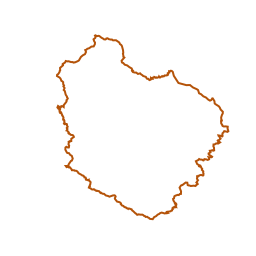 outline of Mahabo, Menabe, Madagascar, rotated 120°
{"feature_id": "10022922B70120442307447", "entity_name": "Mahabo", "entity_type": "district", "adm_level": 2, "iso_a3": "MDG", "parent_name": "Madagascar", "parent_adm1": "Menabe", "projection": "equal_earth", "projection_center": [45.183, -20.687], "detail": "fine", "context": "isolated", "style": "outline", "palette": "amber", "viewbox_px": 256, "rotation_deg": 120, "n_neighbors": 0, "source": "geoboundaries", "source_scale": "gbopen_adm2", "svg_char_len": 5777}
<svg xmlns="http://www.w3.org/2000/svg" viewBox="0 0 256 256"><g transform="rotate(120 128 128)"><path d="M194.6,61.0L192.1,60.8L190.3,59.6L188.2,59.0L186.8,58.0L185.6,57.6L184.4,56.5L183.6,53.3L182.4,52.4L182.5,51.8L182.0,51.3L182.0,52.6L181.4,52.6L180.9,52.2L180.8,51.4L180.5,51.5L178.8,49.4L178.0,49.2L177.4,48.6L176.6,48.9L175.7,48.6L175.2,49.4L173.9,49.0L173.5,47.9L172.9,48.1L172.5,47.0L172.1,47.7L171.3,47.4L170.4,48.8L170.1,48.0L169.8,48.0L169.3,49.0L169.3,50.1L168.1,52.4L166.9,53.5L165.8,53.0L164.0,53.7L163.0,53.2L161.1,51.6L160.7,50.5L159.2,50.1L158.6,49.2L156.3,50.4L153.9,53.5L151.5,53.4L150.7,53.0L150.3,52.4L146.4,50.8L145.7,49.3L147.6,47.7L147.4,46.7L147.0,46.0L146.9,44.7L145.0,42.1L144.6,40.7L143.5,40.2L143.0,40.4L141.7,39.6L141.2,40.2L141.0,41.5L138.2,41.3L138.0,42.1L137.3,43.0L136.3,43.2L135.9,43.7L135.2,44.0L134.9,43.2L134.2,43.2L133.9,42.6L133.1,42.3L132.1,41.3L131.7,39.3L131.3,39.1L129.7,39.8L129.3,40.5L127.9,41.1L127.3,43.1L126.3,43.3L125.8,44.6L124.9,45.7L125.5,46.4L125.6,47.2L124.5,47.2L124.7,48.4L124.6,50.1L122.8,52.6L120.7,51.2L119.3,50.9L119.3,49.9L118.4,48.1L118.5,46.6L118.2,46.3L116.8,46.3L116.0,44.4L115.8,43.0L114.5,42.1L113.5,42.7L113.0,43.5L112.7,42.5L111.9,42.2L111.7,41.2L111.2,40.8L110.8,40.8L110.6,44.8L109.7,45.5L107.9,44.4L106.8,45.7L105.8,44.4L105.1,44.0L105.1,42.9L104.3,42.2L101.9,43.8L101.2,44.9L99.5,45.7L99.0,44.8L97.3,44.0L96.9,43.0L96.2,42.8L96.2,42.0L94.4,41.1L94.3,42.1L94.6,42.7L94.1,44.0L93.6,43.9L93.1,43.2L91.0,42.5L90.6,43.5L89.7,44.6L89.5,45.7L89.2,46.0L88.3,43.6L88.3,42.3L87.6,42.1L86.2,43.2L85.2,43.5L84.2,43.1L82.8,43.2L82.5,42.9L81.6,39.9L80.6,39.5L78.7,41.5L77.0,42.3L77.8,44.3L78.8,45.8L78.9,47.1L78.7,47.6L78.1,48.0L77.5,49.5L75.5,50.9L75.2,51.0L74.8,50.4L74.4,50.5L73.9,51.5L72.3,52.6L69.6,53.2L68.1,53.2L66.5,54.0L65.7,57.0L64.5,58.6L63.8,60.1L63.6,64.3L63.4,65.2L61.5,66.6L60.0,69.4L60.2,69.8L62.2,69.9L63.3,70.7L63.3,72.7L62.6,75.7L62.9,78.6L62.2,81.6L62.4,83.8L60.1,86.3L60.0,87.8L60.4,92.0L59.8,95.8L61.7,98.9L63.8,106.8L59.9,114.4L57.0,117.3L56.7,118.7L57.1,119.7L58.0,120.0L58.2,120.7L59.1,120.1L59.3,120.5L60.5,120.3L60.7,120.8L61.8,120.1L62.1,120.6L62.7,120.4L63.6,121.4L64.2,122.6L65.2,122.7L65.5,123.3L66.1,123.6L66.0,124.4L68.3,125.5L68.4,125.8L67.9,126.9L68.6,126.8L69.8,127.8L69.9,128.6L70.6,128.9L70.5,130.4L70.6,130.8L71.3,130.7L71.6,131.3L72.7,132.4L73.2,131.4L74.0,132.5L73.7,133.0L74.9,132.6L75.8,133.4L75.3,135.1L75.6,135.4L75.8,136.4L74.8,138.1L75.4,141.0L75.1,141.7L75.0,143.7L74.6,144.8L76.2,146.4L75.9,148.7L76.5,149.6L77.1,151.6L76.6,153.0L76.4,153.2L75.8,152.7L75.5,153.6L74.6,154.5L74.6,157.3L74.2,159.9L74.8,162.5L74.1,164.6L74.3,165.8L74.1,166.2L72.9,167.2L68.8,166.4L68.6,167.7L67.9,168.0L66.1,169.6L65.4,169.6L63.1,171.2L60.1,174.2L59.5,175.3L59.3,177.0L58.3,178.3L58.0,182.2L59.6,184.9L59.4,186.2L60.0,187.0L60.7,189.2L60.5,190.5L61.3,191.5L62.1,191.5L62.6,191.8L63.2,193.0L63.0,194.7L63.1,196.0L62.7,198.7L62.8,199.4L64.0,200.9L64.0,202.5L64.5,202.8L65.2,201.7L66.4,201.4L68.4,202.2L69.7,200.8L70.5,199.3L72.0,198.6L74.5,198.5L75.8,200.4L78.3,201.5L79.8,202.9L80.8,203.1L81.9,204.0L83.1,202.4L85.6,202.2L87.5,203.4L90.0,204.3L94.0,204.3L95.2,204.9L97.9,206.9L98.1,207.6L98.6,207.9L98.7,209.2L99.4,210.3L99.9,212.8L100.7,213.9L101.1,215.4L102.9,215.3L105.2,216.6L105.5,216.5L105.8,215.8L106.2,215.6L109.9,216.9L112.1,215.5L112.7,215.7L113.7,215.3L116.1,215.4L117.3,216.0L118.5,215.5L118.5,212.5L119.0,211.1L120.5,209.2L120.4,208.2L120.7,207.1L122.5,206.0L123.1,204.7L124.2,204.8L125.1,202.9L127.2,202.7L127.6,201.2L130.3,198.6L131.3,196.6L132.0,196.1L132.4,195.0L133.8,194.9L134.7,195.2L135.4,194.6L136.4,194.5L140.3,195.1L142.0,194.2L141.9,195.7L142.4,196.7L143.6,196.5L144.4,197.8L144.0,198.2L143.9,199.6L145.5,199.4L146.1,197.9L145.6,197.1L145.6,196.3L146.2,195.9L147.0,196.2L148.3,195.2L148.3,194.8L147.8,194.1L148.2,193.4L148.8,193.6L148.7,192.9L149.4,191.7L150.1,191.3L150.1,190.8L150.8,189.7L151.2,189.1L152.6,188.7L152.7,188.1L153.1,188.1L153.0,187.7L153.3,186.9L154.5,186.3L154.7,185.8L156.2,185.7L156.4,184.9L155.9,184.6L155.3,183.3L155.7,183.2L155.7,182.5L156.4,182.1L157.0,180.9L157.9,180.8L158.4,181.1L159.0,180.7L159.2,179.9L160.6,179.9L160.4,179.5L160.8,179.2L161.4,177.1L162.2,177.1L162.5,176.5L162.2,175.3L162.6,174.4L161.8,172.3L162.0,171.5L162.8,170.4L165.7,171.7L167.7,170.6L168.5,171.8L168.9,171.7L169.0,172.1L169.4,172.1L169.7,172.4L170.2,171.9L170.7,171.9L172.1,171.2L172.6,170.2L174.4,169.5L174.9,170.1L175.1,172.0L176.2,172.4L178.1,171.4L179.9,168.5L179.9,167.9L179.3,166.5L180.2,164.6L180.2,162.8L182.1,160.6L184.3,160.3L185.0,160.9L188.3,161.2L189.5,161.2L190.3,160.7L191.3,161.0L191.3,161.7L192.0,162.9L192.6,161.6L191.4,160.4L191.7,159.4L191.1,158.9L191.1,158.4L191.6,157.4L192.1,155.9L192.6,155.5L191.5,153.4L191.6,152.7L191.0,151.7L190.9,150.6L191.4,149.0L191.9,148.3L191.8,144.7L192.0,143.8L191.6,142.8L192.2,141.1L192.5,141.0L192.1,139.9L192.9,138.9L193.4,139.0L193.8,138.4L193.1,136.8L192.6,136.3L193.2,136.2L193.0,135.1L193.6,133.3L195.7,132.5L196.8,132.5L197.4,131.9L198.2,132.3L199.2,132.1L199.0,129.9L199.3,128.9L198.8,127.5L198.2,127.1L198.0,126.3L198.3,125.4L198.3,124.0L197.8,123.7L197.8,123.0L197.2,121.6L198.0,119.4L197.5,119.2L197.7,117.3L197.0,115.8L197.5,113.5L196.8,111.0L196.8,109.8L193.8,107.2L193.0,105.9L193.1,105.1L193.6,104.4L195.4,104.3L196.0,103.7L197.2,100.7L196.5,98.3L196.5,97.2L196.9,96.3L197.5,96.2L197.7,95.4L198.1,94.7L197.8,93.0L198.3,91.5L197.8,90.4L197.9,89.6L198.2,89.2L197.8,88.2L198.0,87.4L197.5,87.3L197.0,86.3L196.9,85.0L196.6,84.3L197.3,83.2L197.4,82.0L198.2,78.8L198.1,78.3L198.6,76.8L198.3,76.2L197.6,75.9L196.6,73.4L195.9,72.4L195.8,71.1L196.1,70.2L195.8,69.3L196.2,68.3L195.3,67.0L195.5,66.0L195.4,64.7L195.7,64.1L195.7,63.5L194.6,61.0Z" fill="none" stroke="#b45309" stroke-width="2"/></g></svg>